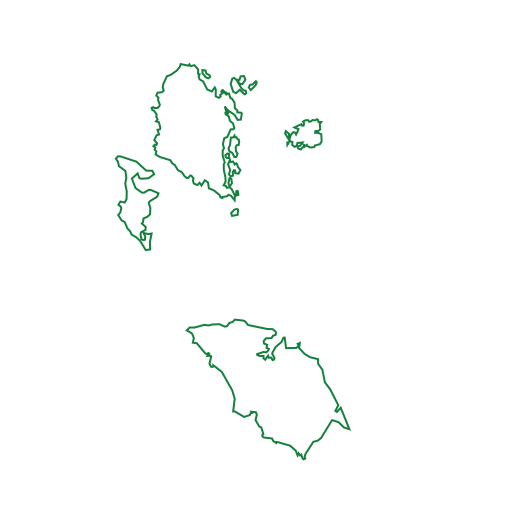 Kudat, Sabah, Malaysia, rotated 303°
{"feature_id": "92858781B15931830971700", "entity_name": "Kudat", "entity_type": "district", "adm_level": 2, "iso_a3": "MYS", "parent_name": "Malaysia", "parent_adm1": "Sabah", "projection": "natural_earth1", "projection_center": [117.119, 7.0], "detail": "fine", "context": "isolated", "style": "outline", "palette": "green", "viewbox_px": 512, "rotation_deg": 303, "n_neighbors": 0, "source": "geoboundaries", "source_scale": "gbopen_adm2", "svg_char_len": 6146}
<svg xmlns="http://www.w3.org/2000/svg" viewBox="0 0 512 512"><g transform="rotate(303 256 256)"><path d="M114.1,402.1L111.4,405.6L111.4,406.7L113.0,407.6L114.0,406.2L116.9,405.3L131.4,405.3L134.7,408.3L138.7,409.7L159.8,409.2L161.6,415.7L160.1,423.1L161.6,428.6L174.9,409.7L169.3,408.8L169.3,406.9L175.7,406.3L184.5,391.0L187.6,382.5L196.7,373.7L199.4,366.9L203.3,364.2L200.5,356.3L200.4,349.9L202.3,342.3L206.9,340.1L205.0,338.8L203.9,340.8L200.9,339.9L195.1,331.4L203.2,324.5L202.4,323.5L197.7,324.2L190.3,322.0L184.1,322.4L183.0,322.7L180.5,327.1L178.8,327.5L177.7,326.6L179.1,324.2L177.7,322.1L179.0,320.4L174.0,320.2L174.3,318.0L176.3,316.7L174.1,313.5L173.7,310.8L174.4,310.4L179.7,314.7L180.7,317.0L182.7,317.6L185.1,317.5L184.8,314.7L187.6,313.8L187.0,310.3L188.8,308.8L192.4,309.2L195.5,313.7L198.5,313.7L200.3,315.4L202.6,314.7L203.4,313.3L203.7,309.7L200.9,305.2L193.8,287.0L195.2,282.6L194.8,280.2L191.1,272.9L187.9,272.3L185.4,270.1L181.3,269.9L179.7,268.1L178.9,262.5L174.4,256.2L172.0,254.2L170.1,250.1L162.4,243.3L159.9,239.3L155.9,238.4L156.2,244.0L155.5,245.6L153.3,248.6L148.9,250.2L150.6,253.9L146.8,266.2L146.8,268.1L148.7,268.9L148.6,269.9L145.8,269.8L147.5,272.1L147.3,273.2L140.5,275.5L138.8,278.1L138.7,279.2L140.2,280.5L141.1,279.8L140.2,290.4L130.4,309.2L124.7,315.9L113.2,321.5L114.1,323.0L114.6,333.7L119.1,337.4L121.4,337.1L122.3,338.1L122.9,337.0L124.9,341.0L123.4,343.1L118.2,344.9L114.8,351.5L115.1,353.8L110.6,359.2L109.3,358.7L108.1,359.9L108.2,361.8L111.7,368.8L110.2,371.3L110.2,374.7L111.0,374.3L111.7,375.5L115.5,387.9L114.4,395.4L111.4,399.5L113.8,399.2L112.7,401.6L114.1,402.1ZM368.4,88.6L361.2,85.7L358.3,83.4L349.6,84.6L346.7,85.9L344.4,88.6L342.0,87.8L339.4,84.5L338.3,84.6L336.3,85.0L335.5,88.1L333.6,88.7L330.6,92.9L329.0,93.3L326.8,93.0L324.7,90.3L324.9,88.7L323.3,87.8L322.0,89.5L322.2,91.5L320.6,95.6L318.5,96.5L316.8,99.2L314.5,98.8L315.3,101.7L311.5,105.9L309.9,106.5L308.2,104.7L305.1,108.5L303.1,106.9L297.8,107.6L296.6,111.7L294.8,112.0L294.4,110.6L292.2,110.2L292.0,112.5L290.0,113.1L289.4,115.5L286.5,116.4L286.7,121.6L289.7,132.0L288.1,135.3L288.1,138.3L285.4,143.9L286.0,147.8L284.0,152.6L283.7,155.6L284.5,156.6L287.7,157.0L288.1,158.2L287.1,161.4L285.2,161.8L282.9,164.3L283.5,168.1L286.7,168.8L285.4,171.9L291.7,171.9L291.5,175.8L287.1,179.6L288.1,184.9L287.3,192.3L285.8,194.3L286.3,196.1L287.0,195.5L290.4,199.2L292.3,199.6L292.9,202.3L291.1,207.7L295.0,205.6L298.8,199.3L299.3,196.2L297.3,194.5L298.4,192.6L297.7,190.4L301.7,190.0L305.0,187.8L310.6,182.2L315.2,179.1L317.5,178.8L321.9,173.5L326.0,170.8L329.0,170.4L331.7,167.4L337.5,165.2L340.3,167.1L348.4,165.8L350.0,168.1L351.6,168.1L354.7,164.4L355.2,160.4L358.3,157.1L358.3,153.3L359.2,152.6L359.7,154.8L361.3,154.7L361.2,152.0L364.5,148.4L362.9,152.7L362.7,161.2L360.1,166.4L362.1,169.0L367.8,166.5L368.1,165.5L366.3,162.1L368.0,160.9L368.4,157.8L372.7,154.7L374.9,150.3L374.4,148.7L377.5,144.8L375.2,143.1L375.5,142.1L376.3,143.1L376.9,142.2L376.3,141.6L377.1,137.8L376.2,137.2L374.9,137.4L374.9,139.4L371.5,138.2L370.6,139.4L368.4,138.8L368.0,135.2L373.7,131.6L374.9,129.6L369.9,129.4L369.1,124.4L373.6,116.6L373.4,112.5L375.4,110.0L377.7,109.8L377.3,108.2L380.9,105.9L382.5,100.5L379.5,97.6L380.5,95.7L378.8,95.5L375.9,88.3L373.2,89.1L368.4,88.6ZM267.8,117.5L270.0,104.3L265.7,88.0L264.5,86.0L261.3,85.4L259.9,88.9L256.7,92.1L256.2,100.2L250.9,104.7L245.5,106.9L239.8,112.4L233.3,116.4L229.4,116.8L227.8,112.6L224.0,112.8L223.8,115.6L222.7,117.0L218.5,118.5L215.3,118.1L212.7,123.9L212.9,127.6L209.2,132.9L208.1,137.1L206.2,140.0L206.5,145.2L205.6,150.5L200.9,160.3L203.9,163.7L209.9,159.4L218.0,156.2L215.7,153.8L214.1,149.1L212.0,152.5L209.2,154.0L207.9,152.7L207.7,150.7L211.3,147.3L213.4,146.7L217.6,149.1L220.3,147.7L221.0,142.6L222.9,142.8L226.2,141.2L229.9,143.6L233.3,144.4L238.8,141.2L242.1,137.1L244.0,137.1L251.8,140.8L255.5,140.0L254.1,131.7L253.0,130.0L248.1,127.6L247.0,125.6L247.4,117.9L253.4,109.7L260.8,111.8L257.8,115.8L258.3,117.7L262.7,123.5L269.1,126.0L271.0,122.5L267.8,117.5ZM391.3,222.3L384.7,218.2L385.5,222.5L382.9,223.1L379.8,223.4L380.8,221.7L380.2,219.8L376.4,219.3L371.8,220.6L370.7,222.4L371.5,224.3L368.8,226.0L368.6,229.1L371.0,230.1L373.3,229.2L376.6,233.2L372.5,233.0L370.5,231.0L369.1,232.7L369.8,235.6L372.7,235.9L373.6,237.1L375.3,235.5L375.6,237.8L376.9,238.1L376.2,239.3L376.5,242.3L379.1,245.6L380.7,245.2L384.6,248.7L387.9,248.6L393.7,244.4L393.0,240.7L391.5,238.5L393.2,237.8L394.8,240.2L397.2,240.9L401.4,237.6L403.9,237.7L402.4,235.4L403.8,234.1L403.9,232.6L402.1,231.9L400.8,229.4L398.2,228.4L397.6,227.5L398.3,225.7L396.8,223.6L394.4,222.2L393.5,224.1L391.2,224.9L390.4,223.7L391.3,222.3ZM343.0,172.3L341.6,170.4L335.1,173.7L331.2,174.4L329.4,176.7L329.5,180.1L327.2,184.0L328.3,185.5L331.7,184.9L332.9,182.2L336.2,179.7L338.4,179.5L339.6,181.0L342.8,179.6L344.3,178.1L343.9,176.9L345.0,174.8L344.0,173.6L345.2,172.4L343.0,172.3ZM393.4,140.6L391.8,139.5L386.4,141.1L381.3,147.5L381.7,150.6L386.5,151.9L385.4,158.2L385.9,158.8L387.4,159.1L389.0,157.3L388.2,155.2L388.7,152.5L393.1,143.8L393.4,140.6ZM322.4,181.8L317.7,182.6L313.9,187.7L309.8,188.7L308.9,191.3L310.8,192.9L313.6,190.9L315.8,190.7L316.4,191.9L314.1,193.5L315.6,196.5L319.6,196.1L320.7,192.5L322.9,189.8L323.0,188.9L321.2,188.4L322.7,185.2L320.9,183.4L322.4,181.8ZM394.8,146.2L394.2,145.1L393.2,145.4L391.9,147.4L391.8,149.5L392.9,151.0L398.0,151.1L400.4,148.0L398.3,145.2L394.8,146.2ZM283.2,212.6L278.4,211.8L276.6,214.1L280.6,218.2L285.1,215.8L285.1,214.5L283.2,212.6ZM381.0,120.0L382.3,118.8L382.0,115.0L384.1,112.6L382.8,109.8L380.2,111.5L378.5,116.6L378.9,119.1L381.0,120.0ZM396.2,157.7L393.4,158.2L392.3,161.3L399.0,162.6L401.9,162.1L402.5,160.7L398.0,159.7L396.2,157.7ZM376.9,213.0L374.7,213.6L371.7,219.8L376.5,217.2L376.9,213.0ZM307.4,193.2L306.7,191.4L302.1,193.2L300.7,194.8L301.1,196.2L304.0,196.1L307.4,193.2ZM323.4,179.7L327.1,177.8L326.5,176.3L323.9,175.4L322.6,176.7L322.4,178.5L323.4,179.7ZM297.7,207.9L300.4,205.6L300.4,204.8L299.6,204.2L297.0,205.7L296.3,206.9L297.7,207.9ZM366.3,221.8L368.6,221.8L369.2,221.3L368.2,220.4L366.3,221.8Z" fill="none" stroke="#15803d" stroke-width="2"/></g></svg>